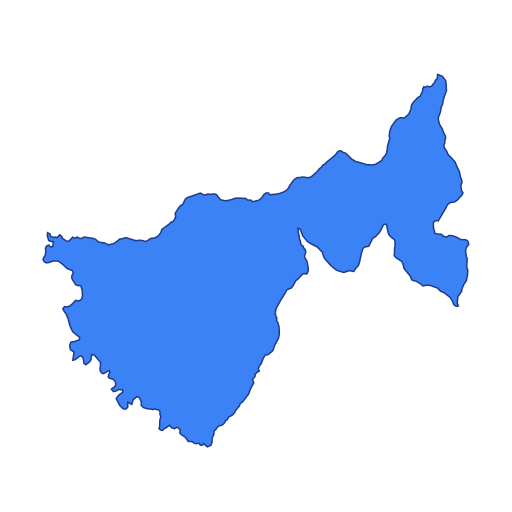 outline of Figueirópolis, Tocantins, Brazil, rotated 4°
{"feature_id": "56859067B42952523551593", "entity_name": "Figueirópolis", "entity_type": "district", "adm_level": 2, "iso_a3": "BRA", "parent_name": "Brazil", "parent_adm1": "Tocantins", "projection": "robinson", "projection_center": [-49.267, -12.239], "detail": "fine", "context": "isolated", "style": "filled", "palette": "blue", "viewbox_px": 512, "rotation_deg": 4, "n_neighbors": 0, "source": "geoboundaries", "source_scale": "gbopen_adm2", "svg_char_len": 6050}
<svg xmlns="http://www.w3.org/2000/svg" viewBox="0 0 512 512"><g transform="rotate(4 256 256)"><path d="M461.4,291.6L460.0,288.9L460.2,282.4L463.6,277.0L463.7,274.7L465.1,270.3L467.6,265.8L468.3,260.7L468.3,255.7L467.0,252.3L466.8,243.6L465.8,241.8L464.7,236.2L465.0,233.4L467.4,229.5L466.6,226.8L464.9,225.5L463.1,225.1L459.4,225.4L454.2,223.0L451.8,222.4L449.2,222.0L447.0,222.1L445.0,223.8L441.8,223.3L439.4,221.4L434.8,221.4L432.8,220.9L432.0,217.7L431.1,216.0L430.6,210.4L432.3,208.2L435.4,208.2L442.3,194.4L443.4,191.5L445.9,189.2L450.6,188.1L453.2,185.9L456.2,182.1L457.3,180.6L458.1,178.6L456.3,176.1L455.4,171.1L456.2,169.2L456.3,167.3L455.7,165.4L454.7,163.6L452.9,157.4L450.0,152.4L448.0,148.3L443.5,143.9L441.5,142.3L440.0,140.6L439.3,138.8L436.1,134.5L435.7,132.3L436.4,130.3L436.4,127.5L437.0,124.9L436.5,123.0L435.0,120.7L433.0,116.3L430.0,112.0L428.5,107.7L428.2,105.4L430.0,99.1L430.1,96.7L430.5,94.3L431.5,91.8L432.0,87.0L433.1,82.3L434.6,77.5L434.0,75.0L434.0,73.0L433.0,68.0L431.3,65.9L429.3,63.7L424.5,62.2L424.5,64.9L424.1,67.1L422.7,68.0L422.1,70.3L420.8,71.9L419.6,74.2L417.0,75.2L414.7,74.6L413.3,76.2L411.7,75.4L410.7,77.4L410.6,80.2L408.5,85.4L406.7,86.3L402.5,91.3L401.0,93.8L400.4,95.9L400.4,98.3L398.5,103.8L395.0,107.3L393.5,108.2L391.5,107.8L389.5,108.3L386.2,110.6L382.2,117.1L380.7,122.4L380.5,127.0L381.2,129.4L379.6,136.7L379.5,140.1L378.9,144.9L378.0,146.5L375.6,149.6L374.8,151.9L368.9,156.2L365.2,157.2L362.7,157.0L360.5,157.2L351.2,155.1L349.1,155.0L347.5,153.9L345.3,153.1L338.4,147.3L335.4,146.4L333.6,145.2L331.8,145.3L330.2,146.3L328.8,148.7L326.7,151.1L319.7,157.6L318.3,159.5L316.4,160.6L315.0,162.9L313.0,164.7L311.0,167.7L305.3,173.4L302.6,174.3L297.3,173.9L294.3,174.7L291.9,174.8L289.6,176.4L287.7,178.5L285.0,182.9L282.8,187.4L279.7,189.9L275.2,192.0L270.0,193.3L267.9,193.4L265.7,194.1L264.0,192.2L261.7,192.4L259.8,193.8L258.3,196.5L256.5,198.8L254.7,200.2L248.8,202.1L246.9,200.6L243.6,200.8L241.9,199.3L233.1,199.5L230.5,200.0L228.2,201.3L222.0,203.1L217.0,202.5L213.9,199.5L212.4,197.5L210.7,197.1L208.4,197.1L206.3,197.8L203.8,197.5L201.7,198.4L199.7,198.8L196.1,197.1L183.0,202.7L181.3,204.7L179.2,210.0L177.5,210.6L175.7,213.0L173.2,217.5L172.4,219.4L173.2,222.0L172.1,225.2L170.9,227.4L169.0,228.0L167.6,229.8L160.1,236.2L159.7,238.2L158.9,240.2L157.2,242.6L155.1,244.2L152.9,245.3L151.2,245.4L149.6,245.9L145.9,248.8L144.0,249.2L142.1,248.6L139.3,248.3L136.5,248.9L134.5,249.0L125.2,246.8L122.8,247.4L121.1,248.3L119.0,248.5L114.3,252.8L112.0,254.0L107.5,255.2L105.8,254.2L103.6,253.5L98.2,253.1L94.8,250.6L92.4,249.8L83.1,249.1L81.0,250.6L78.6,250.8L76.3,249.5L74.2,250.9L71.8,250.0L69.2,253.2L67.9,254.3L65.7,254.3L63.8,253.0L62.0,252.3L60.8,249.9L58.8,248.5L56.3,251.5L54.4,251.1L52.6,251.5L50.1,251.0L48.8,248.3L46.5,247.3L46.3,249.7L47.0,252.2L48.2,255.1L50.5,255.8L52.9,255.8L52.5,261.1L50.2,261.1L48.5,259.5L46.4,260.7L45.4,262.9L45.9,265.7L45.8,269.9L44.6,271.9L43.7,274.2L45.0,276.4L47.1,277.4L49.1,277.2L54.8,274.9L56.7,275.1L58.9,274.7L64.3,278.2L68.4,281.7L73.7,283.3L74.9,285.6L73.7,288.5L73.7,290.8L75.0,293.0L78.2,297.3L80.5,297.9L83.3,297.9L85.0,302.4L85.7,307.6L85.2,311.0L83.2,312.7L81.4,313.4L79.4,312.7L75.5,317.2L73.4,319.1L70.8,319.9L68.5,319.9L67.0,321.9L67.8,323.7L70.8,327.4L72.9,331.6L75.1,338.2L77.1,342.2L78.7,344.5L85.9,349.7L85.6,351.9L80.4,354.2L77.4,354.8L76.5,357.5L76.7,360.0L77.4,362.4L81.2,364.6L80.5,372.8L83.0,371.9L86.9,368.3L89.1,367.9L90.7,370.0L92.0,375.4L93.9,376.3L97.6,373.0L98.6,370.9L98.7,368.4L99.2,365.7L101.8,366.2L108.3,373.0L108.5,377.1L108.2,379.3L108.7,381.5L110.1,383.4L111.9,384.1L117.5,380.5L118.5,382.1L117.4,384.3L117.0,386.8L118.2,388.1L122.0,388.8L124.3,391.2L125.2,393.7L124.6,395.7L121.0,398.9L123.1,401.2L125.2,400.7L128.6,398.7L132.3,398.9L132.7,401.1L128.9,404.2L126.5,408.0L130.6,414.7L133.3,417.1L134.8,417.9L137.1,417.6L138.6,415.7L138.3,410.8L142.4,412.7L143.4,408.1L146.9,404.7L148.9,404.9L150.6,407.2L151.9,410.1L151.8,412.8L154.1,415.0L158.9,416.1L161.6,415.9L163.5,416.5L165.7,415.6L168.0,416.2L169.9,416.3L171.1,418.0L171.2,420.6L172.2,422.7L171.5,427.1L171.8,432.2L171.3,435.0L172.8,436.2L174.8,436.6L175.9,435.2L179.7,432.5L181.4,430.9L183.0,432.5L184.5,433.5L186.9,433.9L188.9,432.4L190.8,433.1L192.6,435.2L192.3,437.8L193.8,439.3L197.8,441.5L199.6,443.4L201.2,445.7L205.4,445.6L207.6,447.2L210.1,447.3L212.4,446.8L213.7,448.7L215.6,448.4L216.7,446.8L220.8,449.8L224.3,447.9L225.1,444.9L225.0,440.2L226.4,437.2L226.4,433.7L228.3,431.4L229.6,429.2L231.2,427.9L232.9,427.5L234.8,426.4L236.4,424.4L237.1,422.4L238.8,421.2L239.8,418.7L243.2,416.6L245.5,414.0L246.4,411.6L250.0,406.6L250.5,404.4L253.0,402.2L258.2,394.2L260.0,388.4L262.6,382.7L261.4,380.1L261.7,378.3L263.3,376.6L263.5,374.0L265.1,372.0L267.3,370.6L266.1,368.1L267.5,364.6L268.7,363.1L270.4,357.4L272.2,354.2L274.7,353.6L278.4,350.4L279.6,348.7L281.0,343.3L282.3,340.9L284.2,336.3L284.7,331.8L284.0,325.3L282.2,320.4L280.9,319.0L281.2,316.5L280.1,314.9L279.3,312.4L279.5,307.5L284.2,297.3L285.5,295.3L289.2,287.6L293.5,285.4L295.0,283.2L297.5,277.7L299.2,276.4L303.5,271.0L305.5,270.2L307.9,270.4L309.1,267.6L309.0,264.7L307.8,259.7L306.8,257.0L304.7,254.1L304.5,252.0L305.4,248.7L304.6,246.1L303.2,244.9L302.4,243.0L300.1,241.5L299.1,237.5L298.1,235.8L297.8,233.3L296.8,230.7L295.9,225.5L298.4,226.3L301.2,232.6L306.2,237.9L310.2,240.1L316.5,242.8L322.0,247.7L323.6,252.1L325.1,254.2L331.3,260.3L336.1,263.8L337.8,264.7L344.7,266.3L350.1,264.1L354.6,264.6L356.2,261.6L358.8,258.4L359.6,255.4L361.0,245.9L362.1,241.4L363.1,239.7L367.8,238.4L371.2,230.2L373.7,228.5L377.2,224.3L378.2,222.6L381.1,215.6L383.9,215.2L385.9,222.6L387.2,225.7L390.0,228.2L392.8,229.9L393.7,231.9L394.0,236.4L393.6,240.1L394.0,241.9L393.8,245.9L395.6,247.8L401.8,251.3L403.0,253.2L404.6,258.2L411.4,265.4L412.9,268.8L415.1,269.7L417.1,269.8L420.5,271.4L422.7,272.7L424.5,274.2L428.8,273.1L431.9,273.2L439.5,275.4L442.4,278.2L446.0,279.4L452.4,283.6L454.8,286.8L456.4,290.2L457.8,291.6L459.7,292.3L461.4,291.6Z" fill="#3b82f6" stroke="#1e3a8a" stroke-width="1.5"/></g></svg>